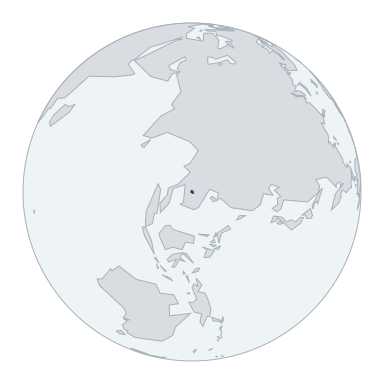 the Earth from above Otdar Mean Chey, rotated 60°
{"feature_id": "KHM-1782", "entity_name": "Otdar Mean Chey", "entity_type": "Province", "adm_level": 1, "iso_a3": "KHM", "parent_name": "Cambodia", "parent_adm1": "", "projection": "orthographic", "projection_center": [103.537, 14.166], "detail": "fine", "context": "on_globe", "style": "filled", "palette": "blue", "viewbox_px": 384, "rotation_deg": 60, "n_neighbors": 0, "source": "natural_earth", "source_scale": "10m", "svg_char_len": 9980}
<svg xmlns="http://www.w3.org/2000/svg" viewBox="0 0 384 384"><g transform="rotate(60 192 192)"><circle cx="192" cy="192" r="169" fill="#eef3f6" stroke="#a8b0b8"/><path d="M349.8,246.6L349.6,247.8L349.5,248.0L349.8,246.6ZM268.7,41.4L269.6,42.2L275.8,46.0L270.1,42.9L285.6,53.0L290.3,58.1L281.6,50.4L278.0,48.2L279.6,50.4L276.3,48.7L275.2,49.0L271.1,47.0L266.3,43.2L263.6,42.0L264.9,43.7L261.6,43.2L260.2,40.8L254.3,39.8L245.2,34.5L244.7,31.7L236.3,29.0L234.0,28.3L245.9,31.9L257.4,36.2L268.7,41.4ZM281.0,49.3L279.7,48.2L282.0,50.0L281.0,49.3ZM275.7,49.4L277.1,50.4L275.9,50.2L275.7,49.4ZM268.7,47.1L266.3,46.7L267.9,46.4L268.7,47.1ZM264.4,46.1L258.9,45.8L261.5,47.6L251.0,42.6L259.2,44.2L260.7,43.4L261.8,44.8L264.4,46.1ZM227.8,26.9L228.4,27.0L222.3,25.8L219.8,25.3L227.8,26.9ZM246.1,40.1L244.0,39.6L245.2,39.4L246.1,40.1ZM232.2,27.9L227.0,26.9L226.2,26.9L222.3,25.8L232.2,27.9ZM207.3,23.7L205.2,23.6L205.4,23.6L207.3,23.7ZM219.0,25.3L217.0,25.0L220.4,25.7L216.8,25.2L214.8,24.7L214.2,24.7L213.1,24.6L212.7,24.4L219.0,25.3ZM204.3,23.5L205.0,23.7L201.2,23.3L197.7,23.1L204.3,23.5ZM209.6,24.0L206.6,23.8L207.1,23.7L209.4,23.9L209.6,24.0ZM215.1,25.2L221.1,26.0L221.4,26.1L215.1,25.2ZM203.2,23.5L204.2,23.7L202.7,23.5L203.2,23.5ZM211.3,24.6L213.4,24.8L213.6,24.9L211.3,24.6ZM204.3,23.9L203.1,23.7L204.7,23.7L204.3,23.9ZM207.4,24.2L207.2,24.3L205.9,23.9L208.3,24.2L207.4,24.2ZM211.2,24.7L212.0,24.8L210.3,24.6L211.2,24.7ZM199.1,24.0L197.1,23.5L200.5,23.4L202.0,24.0L199.1,24.0ZM58.1,88.9L58.0,90.3L57.0,92.2L51.8,99.0L46.8,112.9L51.4,108.0L52.2,117.4L56.1,120.0L66.9,107.0L60.5,102.3L64.7,94.9L74.0,92.8L80.3,97.9L82.2,95.3L82.6,87.1L88.6,83.8L83.3,84.1L82.1,87.2L78.7,87.7L79.6,84.9L81.7,83.7L81.1,81.4L71.4,88.6L69.1,92.6L64.7,91.1L60.5,97.9L57.7,99.9L63.7,89.4L66.6,86.2L74.1,74.5L70.7,77.5L63.4,89.1L63.6,87.6L59.0,92.6L62.7,87.6L71.6,75.1L70.6,74.6L66.9,78.4L77.2,68.1L78.5,66.8L80.3,65.3L85.1,61.1L84.2,61.9L86.8,59.8L86.1,60.7L91.7,57.2L92.0,57.9L100.6,52.5L101.9,52.3L96.4,55.4L92.8,58.3L94.3,61.3L96.4,60.7L101.9,57.1L101.6,58.7L106.7,54.9L110.7,55.6L110.1,51.8L116.5,48.4L122.4,47.0L124.4,45.4L114.9,47.8L111.1,49.5L108.1,51.9L97.9,57.0L96.0,57.0L106.3,49.7L104.8,49.2L113.5,44.5L134.0,39.6L139.3,40.3L134.6,48.0L129.6,49.4L128.9,47.1L123.7,52.2L126.9,50.3L126.7,51.9L132.8,49.7L132.9,50.8L138.5,47.0L139.3,48.1L135.8,50.4L145.4,48.8L148.9,50.9L151.0,50.1L152.3,48.6L155.8,52.6L157.2,51.9L156.6,50.2L159.1,47.8L164.7,45.3L165.6,46.9L163.7,47.9L161.0,52.9L155.8,56.0L156.7,56.4L161.5,54.1L164.8,48.0L167.9,46.2L167.1,48.8L167.6,47.7L169.5,47.3L172.1,48.4L173.4,45.5L192.5,40.7L199.6,43.1L196.7,45.6L211.0,45.6L217.9,49.3L217.3,47.6L223.8,47.2L221.7,46.0L221.9,45.2L237.6,44.9L242.0,46.4L248.1,45.5L247.8,44.8L244.9,43.5L251.0,42.6L261.5,47.6L261.6,48.9L268.1,51.7L267.5,54.5L269.9,58.5L265.5,60.7L267.8,64.1L270.1,64.8L275.0,70.5L277.2,80.2L265.3,68.8L260.1,55.9L261.4,60.6L258.1,58.7L256.7,60.0L257.8,63.7L259.8,64.6L246.3,68.1L243.1,78.6L250.6,78.6L255.5,82.5L258.4,97.0L244.8,116.3L251.2,123.7L251.6,128.4L246.4,130.9L245.5,124.0L240.0,121.2L240.3,117.3L231.6,119.8L231.7,114.3L224.8,119.5L227.6,124.0L235.3,123.4L229.3,130.9L237.3,139.3L238.4,149.1L225.3,165.8L211.8,170.4L211.1,173.5L205.6,169.7L198.5,175.5L208.6,194.0L208.3,199.2L196.7,208.4L196.5,204.5L182.1,194.2L179.5,206.4L190.3,217.4L194.0,229.6L185.7,225.4L181.9,214.6L176.8,210.6L178.2,199.9L174.1,183.6L165.6,186.0L166.3,179.6L159.3,165.9L147.2,168.8L128.0,183.7L125.2,199.8L118.7,206.1L110.8,181.3L111.2,165.4L105.9,166.0L99.8,151.4L82.3,146.7L82.0,142.3L78.2,143.3L74.3,137.9L74.7,131.0L71.3,130.4L70.8,148.7L74.7,149.5L81.0,144.3L79.9,150.6L83.9,157.5L71.6,169.8L49.1,176.3L50.7,164.0L52.9,128.1L54.9,124.8L55.1,124.4L55.3,123.7L51.7,128.7L53.3,122.1L48.2,145.8L45.7,155.6L48.8,176.9L47.6,178.4L49.7,183.3L61.0,182.5L60.3,186.5L52.6,203.1L40.2,223.2L44.0,241.0L46.8,255.2L43.8,261.6L48.9,273.0L48.1,275.3L51.3,281.5L53.4,286.8L55.0,290.8L54.1,289.6L47.5,279.6L41.7,269.2L36.6,258.4L32.3,247.2L28.8,235.8L26.1,224.2L24.3,212.4L23.3,200.5L23.1,188.6L23.7,176.7L25.2,164.8L27.6,153.1L30.7,141.6L34.7,130.4L39.4,119.4L44.9,108.8L51.2,98.6L58.1,88.9ZM83.2,111.2L89.5,114.3L93.2,104.6L96.0,105.2L96.3,101.9L93.5,103.9L95.1,95.3L100.2,94.2L102.8,90.5L100.9,89.3L91.3,93.0L88.8,105.1L84.6,107.9L83.2,111.2ZM101.8,49.1L99.5,50.7L96.5,52.6L101.8,49.1ZM90.6,56.9L91.2,56.4L93.5,54.7L96.7,52.6L107.1,46.1L107.7,46.0L105.6,47.0L105.0,47.6L101.4,49.6L91.9,56.5L88.7,58.8L89.5,57.7L90.6,56.9ZM135.3,32.8L132.4,34.0L128.8,35.4L128.3,35.5L135.3,32.8ZM178.2,23.6L179.0,23.5L186.4,23.1L188.6,23.1L185.8,23.2L190.1,23.2L186.2,23.5L187.7,23.6L185.5,24.3L179.0,24.8L181.3,24.9L179.6,25.7L174.3,26.5L175.9,25.7L169.0,27.3L168.0,26.7L167.2,26.9L164.4,26.9L159.7,27.4L160.1,27.1L158.1,27.5L156.2,27.7L153.6,28.2L153.3,27.9L150.1,28.6L151.8,28.1L146.3,29.5L150.2,28.4L148.1,28.9L145.5,29.7L146.6,29.2L162.3,25.7L178.2,23.6ZM198.2,24.2L190.7,24.5L186.5,24.4L192.2,23.4L191.4,23.2L194.9,23.1L200.9,23.3L199.4,23.3L199.2,23.3L197.4,23.2L198.8,23.4L196.7,23.4L197.2,23.7L194.6,23.6L198.2,24.2ZM59.1,90.3L58.9,91.2L59.4,91.7L56.4,95.2L59.1,90.3ZM64.9,81.7L65.3,81.7L61.3,86.3L61.5,85.7L64.9,81.7ZM68.8,78.1L65.6,81.4L67.4,79.2L68.8,78.1ZM97.1,55.5L97.8,55.5L96.6,56.5L94.6,57.5L97.1,55.5ZM153.5,33.1L155.1,32.2L156.1,32.1L161.7,30.4L162.9,31.1L159.9,32.3L153.5,33.1ZM63.9,108.5L60.8,110.4L61.1,108.7L62.1,108.3L63.9,108.5ZM57.0,102.3L57.0,105.4L56.2,103.2L57.0,102.3ZM155.7,33.5L157.9,32.7L157.1,33.5L155.7,33.5ZM164.0,31.5L163.7,32.4L163.7,31.0L164.0,31.5ZM128.6,337.4L132.1,339.3L129.7,339.0L128.6,337.4ZM61.7,259.0L64.3,281.8L60.0,280.2L56.0,272.5L52.8,258.1L56.7,255.8L57.7,249.7L61.7,259.0ZM236.3,258.5L241.3,259.3L241.1,260.0L236.3,258.5ZM231.1,255.9L236.9,256.2L230.1,257.5L231.1,255.9ZM239.1,256.3L244.9,254.9L247.5,253.7L247.0,255.2L239.1,256.3ZM227.2,255.8L205.8,255.0L197.4,252.6L199.4,249.9L213.1,251.2L227.2,255.8ZM198.7,249.8L185.7,241.3L167.9,217.1L174.3,218.0L192.9,233.0L191.7,235.4L199.6,242.0L198.7,249.8ZM230.1,236.5L228.8,243.7L217.0,242.8L211.6,241.4L207.9,232.0L210.0,227.4L214.4,227.7L231.4,212.1L237.4,216.2L232.2,222.9L237.0,229.3L230.1,236.5ZM125.9,201.4L129.4,211.6L125.8,212.8L125.9,201.4ZM238.2,201.0L231.4,207.9L237.6,198.7L238.2,201.0ZM241.8,192.3L242.3,195.9L239.5,192.3L241.8,192.3ZM211.0,178.4L206.3,179.1L206.1,176.5L212.0,174.3L211.0,178.4ZM239.1,157.6L239.2,164.9L238.4,167.3L236.2,162.9L239.1,157.6ZM168.7,40.9L159.7,42.2L153.9,44.2L151.9,46.8L150.8,44.0L159.7,40.8L168.7,40.9ZM189.5,40.4L191.2,38.6L193.1,39.4L192.9,40.0L189.5,40.4ZM188.7,39.3L185.9,37.3L188.6,36.3L190.2,38.1L188.7,39.3ZM170.5,34.4L167.7,34.7L168.4,33.9L170.5,34.4ZM310.8,310.8L310.9,311.3L306.2,315.9L300.3,320.9L296.3,323.2L310.8,310.8ZM274.7,327.0L276.4,322.4L281.9,321.4L278.1,325.7L274.7,327.0ZM314.7,307.0L319.1,302.1L322.5,296.6L319.8,301.4L321.1,300.7L311.8,310.6L314.7,307.0ZM259.2,308.8L226.6,318.9L219.8,317.6L222.4,313.5L217.8,300.7L220.1,301.0L219.6,292.2L239.4,284.3L253.7,269.4L263.8,270.2L271.9,259.2L282.0,259.6L278.4,268.3L288.1,273.4L296.4,253.9L300.7,273.9L306.6,280.4L306.2,292.6L289.3,314.2L281.1,318.7L280.3,317.1L276.8,319.3L272.3,318.9L271.3,312.6L267.7,314.8L271.9,309.7L266.4,314.3L264.7,310.2L259.2,308.8ZM330.1,267.4L331.1,267.8L332.1,270.8L330.5,270.6L330.1,267.4ZM347.1,251.7L347.1,253.2L346.2,254.0L347.1,251.7ZM349.5,248.0L348.4,249.1L349.8,246.6L349.5,248.0ZM337.7,254.5L338.0,255.6L337.5,256.2L337.7,254.5ZM337.3,254.2L338.2,252.0L337.8,254.1L337.3,254.2ZM333.0,244.2L333.8,243.0L334.0,243.8L333.0,244.2ZM248.7,259.4L255.7,253.8L259.4,253.4L248.7,259.4ZM332.1,242.1L330.3,242.2L330.5,241.0L332.1,242.1ZM332.4,239.5L332.3,238.0L333.2,241.4L332.4,239.5ZM329.0,236.5L331.1,239.0L328.7,236.9L329.0,236.5ZM327.6,237.1L325.9,236.0L326.1,235.5L327.6,237.1ZM307.4,241.0L313.8,249.7L308.3,249.9L302.3,244.6L297.1,250.2L285.7,249.8L288.4,246.4L287.0,241.4L274.8,239.7L272.4,236.4L276.8,234.1L268.6,231.5L277.6,229.9L281.2,236.7L286.2,231.2L294.7,232.2L302.7,234.1L308.9,238.9L307.4,241.0ZM277.5,244.9L279.0,244.9L277.6,247.0L277.5,244.9ZM322.7,232.6L325.1,235.7L324.8,236.5L323.6,236.1L322.7,232.6ZM310.4,237.6L317.2,231.5L318.8,231.5L314.2,238.2L310.4,237.6ZM315.7,227.9L318.7,228.5L320.3,231.6L319.6,232.5L315.7,227.9ZM259.2,238.8L258.8,240.7L256.4,239.2L259.2,238.8ZM262.2,237.7L269.3,239.7L261.6,239.3L262.2,237.7ZM240.4,230.9L242.5,235.5L249.2,232.7L244.1,236.8L248.6,244.2L247.0,247.0L242.6,238.9L240.9,247.2L237.9,247.0L236.3,239.9L239.4,231.2L242.4,227.7L254.5,226.3L240.4,230.9ZM262.2,232.2L260.3,226.9L261.7,223.4L263.8,226.2L262.2,232.2ZM254.6,214.3L249.4,208.1L244.9,210.4L254.0,202.0L257.5,209.3L254.6,214.3ZM250.1,200.9L245.8,202.9L250.1,198.1L250.1,200.9ZM244.6,200.9L244.0,196.6L247.5,197.3L244.6,200.9ZM252.3,201.1L253.0,193.9L254.8,198.2L252.3,201.1ZM242.3,187.2L249.9,194.2L240.2,191.1L239.3,177.5L243.4,177.2L242.3,187.2ZM262.0,133.8L260.7,130.1L264.2,129.3L264.1,132.1L262.0,133.8ZM274.6,124.8L264.8,128.0L256.7,131.1L259.4,132.9L258.1,139.1L253.6,133.2L258.9,126.5L265.2,125.3L265.6,120.2L269.8,117.0L268.1,110.8L269.8,108.2L273.3,113.6L274.6,124.8ZM267.0,108.2L265.5,97.7L272.5,99.4L274.3,102.1L272.1,106.1L268.6,104.9L267.0,108.2ZM267.2,95.8L263.8,94.8L254.4,80.1L254.1,77.5L264.9,88.9L262.3,88.6L263.4,92.1L267.2,95.8ZM244.9,40.4L244.1,39.7L245.9,40.4L244.9,40.4ZM220.6,44.6L221.3,43.6L223.4,44.3L220.6,44.6ZM224.1,41.6L221.3,41.4L223.9,40.9L224.1,41.6ZM214.9,41.4L219.9,41.1L215.7,42.3L214.9,41.4Z" fill="#d9dde1" stroke="#a8b0b8" stroke-width="1"/><path d="M192.3,191.2L192.4,191.3L192.5,191.4L192.8,191.4L192.9,191.5L193.0,191.5L193.1,191.4L193.3,191.5L193.4,191.4L193.5,191.4L193.5,191.6L193.5,191.8L193.1,192.0L192.9,192.0L192.4,192.5L192.2,192.6L191.9,192.8L191.7,192.8L191.7,192.7L191.4,192.5L191.4,192.3L191.2,192.5L191.1,192.4L191.0,192.2L190.9,192.1L190.7,191.9L190.7,191.6L190.8,191.6L191.0,191.5L191.4,191.5L191.5,191.4L191.8,191.4L192.0,191.3L192.0,191.2L192.1,191.3L192.2,191.2L192.3,191.2L192.3,191.2Z" fill="#3b82f6" stroke="#1e3a8a" stroke-width="1.5"/></g></svg>